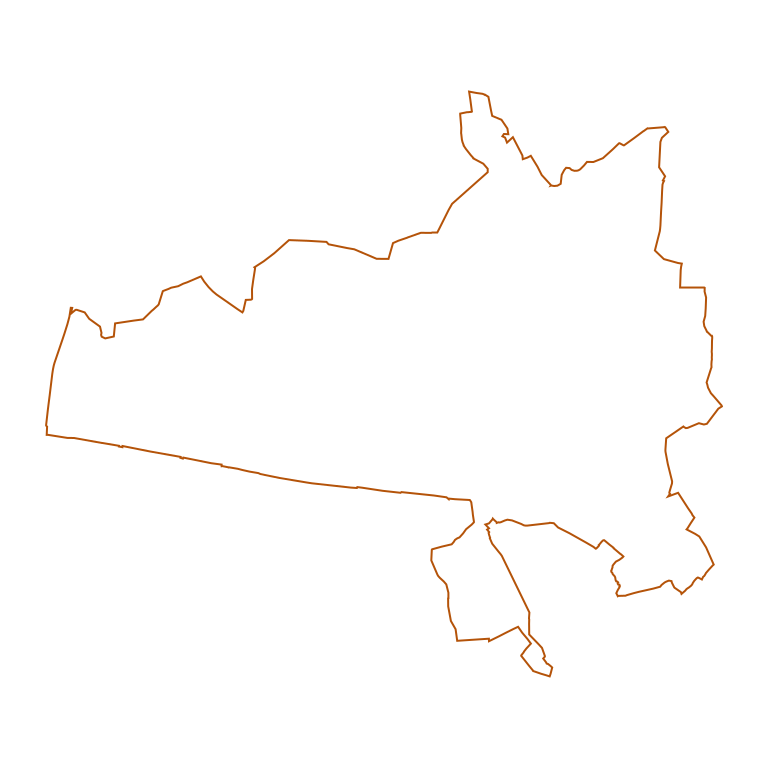 outline of Saldus pag., Saldus, Latvia
{"feature_id": "27541924B25012386790133", "entity_name": "Saldus pag.", "entity_type": "district", "adm_level": 2, "iso_a3": "LVA", "parent_name": "Latvia", "parent_adm1": "Saldus", "projection": "albers", "projection_center": [22.463, 56.704], "detail": "fine", "context": "isolated", "style": "outline", "palette": "amber", "viewbox_px": 768, "rotation_deg": 0, "n_neighbors": 0, "source": "geoboundaries", "source_scale": "gbopen_adm2", "svg_char_len": 6069}
<svg xmlns="http://www.w3.org/2000/svg" viewBox="0 0 768 768"><path d="M491.1,110.8L488.4,96.8L485.0,94.7L484.8,94.9L483.8,94.3L482.5,93.8L476.6,93.0L469.1,91.6L470.3,99.5L471.9,111.6L471.7,111.8L468.0,112.2L467.0,112.2L460.2,113.6L460.2,114.8L461.3,128.0L461.1,133.1L461.3,134.3L461.9,139.6L462.5,142.1L463.8,145.5L463.7,145.7L466.0,149.1L470.9,155.3L473.8,158.5L473.7,158.6L483.3,163.7L487.7,168.8L487.7,172.2L452.1,203.8L448.6,210.0L439.4,228.4L437.3,232.5L432.2,232.5L431.2,232.9L421.1,232.8L420.5,232.9L407.8,237.4L407.2,237.7L398.4,240.7L393.0,243.1L388.5,258.9L376.6,258.8L354.3,249.3L346.8,248.0L328.6,244.3L326.5,241.9L307.9,240.8L289.0,240.1L274.4,253.1L263.7,261.3L254.4,267.3L255.1,268.0L254.8,270.2L253.2,280.4L252.0,289.1L252.1,298.9L251.8,299.3L250.9,299.7L245.8,299.9L243.3,310.9L242.4,312.4L237.3,309.0L221.4,297.9L216.5,294.5L212.8,291.4L208.6,287.1L204.2,281.6L200.9,276.4L187.2,282.3L183.2,283.7L178.2,286.2L171.2,287.7L168.6,288.9L163.1,291.0L162.8,291.2L158.7,304.4L158.2,305.0L157.8,305.5L156.4,306.7L153.4,309.5L151.7,310.9L143.0,319.4L133.7,320.6L115.1,323.4L113.8,336.5L105.2,338.4L101.7,336.7L101.1,334.9L101.5,332.9L100.0,326.6L89.2,318.8L84.7,312.4L76.7,309.8L75.5,309.9L70.9,313.7L72.2,307.9L70.8,307.8L69.4,316.7L67.4,324.2L64.5,333.4L62.6,339.1L54.5,362.9L53.8,365.4L53.0,369.2L52.3,373.7L49.6,396.0L49.5,396.7L48.7,403.0L47.9,409.4L46.1,425.3L46.5,426.1L47.1,426.6L46.7,434.9L48.3,434.9L67.3,437.9L74.1,438.0L102.0,443.0L102.5,443.0L119.0,445.8L118.9,446.5L122.4,447.2L122.5,446.0L150.2,451.5L180.6,456.9L180.4,457.8L182.9,458.6L183.3,457.6L211.2,463.2L221.6,464.6L221.5,465.6L221.6,466.1L221.8,466.0L227.4,467.1L228.7,467.5L228.9,467.3L237.8,468.8L242.4,470.0L249.5,471.6L258.4,473.1L260.3,474.0L265.0,475.0L279.7,478.0L306.7,482.5L311.9,483.3L350.9,487.6L356.9,488.0L357.3,487.1L362.1,487.7L382.6,490.8L400.6,492.8L401.4,492.1L433.9,495.5L446.5,497.3L448.7,499.2L448.8,498.6L455.1,499.2L469.8,500.0L470.7,501.3L471.3,502.3L471.4,503.2L472.6,511.9L472.9,514.9L473.9,521.5L473.9,522.3L471.7,524.6L466.1,529.2L463.1,533.4L459.5,537.4L457.3,538.3L455.0,539.9L453.7,542.0L451.7,544.3L441.9,546.6L432.1,549.3L431.8,549.8L431.3,560.4L437.4,574.6L438.2,576.0L439.8,577.8L443.8,581.5L446.3,584.4L448.4,592.7L448.4,598.3L448.1,598.4L448.2,606.4L450.9,621.0L455.6,629.2L457.2,640.8L488.9,638.7L489.0,641.2L499.0,636.3L505.2,633.1L513.4,629.0L518.1,626.8L522.1,632.6L527.4,638.9L530.9,643.6L526.3,648.6L523.9,651.7L523.7,652.3L521.3,655.3L521.2,655.8L529.0,665.7L532.6,670.1L532.9,670.4L533.1,671.0L536.9,672.3L540.9,673.7L546.3,675.3L549.7,676.4L550.6,673.7L552.2,667.5L550.8,666.2L548.1,664.0L547.2,663.8L546.6,663.5L546.2,662.5L543.2,658.5L544.8,656.7L544.9,656.4L544.9,656.1L542.0,647.9L538.2,643.8L529.2,634.5L529.1,623.6L529.2,619.4L529.0,618.5L529.4,612.5L501.8,555.8L500.5,554.0L498.5,551.6L492.2,543.7L489.8,538.2L490.1,537.8L489.0,534.6L489.0,534.4L488.6,532.9L489.2,532.1L487.1,529.6L489.0,528.3L485.4,524.5L489.0,523.4L492.5,519.3L492.8,518.6L493.2,519.1L496.6,522.2L496.8,522.6L496.8,522.9L498.4,522.3L499.3,522.5L500.5,522.3L501.1,522.1L504.8,520.5L507.4,519.7L512.0,520.4L521.3,524.0L523.8,525.3L525.4,525.6L527.3,525.6L549.1,523.1L549.7,522.8L553.8,523.2L558.1,527.5L569.4,533.2L586.3,542.7L593.5,546.9L595.7,548.7L596.1,548.6L597.3,547.5L599.0,545.6L598.8,545.0L599.1,544.8L599.6,544.2L601.5,541.9L602.9,540.5L603.8,540.2L604.2,540.2L609.7,544.8L612.7,547.1L613.6,547.8L613.6,548.3L614.3,548.8L620.3,553.9L621.0,554.3L623.4,556.5L622.5,557.5L619.2,559.9L615.9,561.6L613.4,564.6L612.6,565.8L612.5,567.4L611.7,569.6L611.5,570.5L611.2,570.8L611.3,571.8L612.4,573.0L612.7,574.1L614.7,576.3L615.2,577.4L615.6,580.0L616.2,581.3L616.9,581.4L617.7,581.9L618.1,582.4L617.7,582.8L617.7,583.7L618.4,584.7L619.4,584.7L619.8,585.7L619.8,586.4L619.3,586.9L619.4,587.5L618.7,588.5L617.7,590.2L616.3,593.2L617.8,596.2L618.2,595.9L625.5,595.7L627.0,595.1L633.9,593.1L639.0,591.8L653.3,588.6L660.2,586.7L661.5,585.0L664.6,582.5L666.3,581.6L668.9,580.6L671.5,581.1L671.9,582.7L674.2,587.3L674.5,587.7L680.9,592.1L681.5,593.9L685.2,590.7L686.4,589.2L687.7,588.2L688.6,587.7L691.1,585.7L692.2,584.4L692.8,583.0L694.2,580.9L696.0,578.9L696.8,578.1L697.9,577.5L699.5,578.2L701.9,579.5L703.1,576.9L704.3,575.9L705.3,574.3L705.9,573.1L707.2,571.6L709.2,569.3L712.6,565.6L713.7,564.6L706.1,547.4L699.3,536.5L695.2,533.9L686.6,529.4L687.5,528.3L690.7,523.2L694.4,517.6L692.5,515.2L691.7,513.5L688.1,508.3L678.1,492.8L668.1,496.5L670.0,493.8L669.5,493.4L669.3,492.6L670.1,489.7L672.0,483.4L672.1,481.3L667.8,464.0L666.3,456.0L665.5,451.8L665.4,450.3L665.5,448.5L666.2,438.3L683.4,426.5L683.9,427.0L685.8,428.1L687.6,427.9L698.9,423.2L703.9,424.5L706.9,423.8L718.3,408.7L721.9,406.4L721.6,405.5L713.7,396.3L710.9,393.2L708.0,387.6L707.3,384.6L706.6,382.5L711.1,368.3L711.5,367.4L711.5,367.1L711.4,364.3L711.6,361.2L711.9,359.4L711.8,357.9L711.8,357.3L711.9,355.5L711.9,353.7L711.7,351.8L711.9,348.7L712.0,340.9L712.2,338.2L712.2,336.7L712.1,336.4L712.0,336.5L707.1,331.7L706.9,331.7L706.5,330.6L704.3,326.2L704.2,325.6L703.6,321.7L705.2,316.0L705.7,308.5L706.1,297.5L705.9,296.7L704.6,291.6L704.6,291.2L704.7,287.8L704.2,287.5L680.1,287.5L680.7,270.2L681.1,266.8L681.8,263.6L678.0,263.0L663.9,259.1L654.9,250.5L659.8,231.2L660.1,228.9L660.4,225.7L660.4,225.8L661.1,211.2L661.6,203.0L662.1,191.1L662.5,184.6L663.1,182.7L664.0,181.0L662.9,180.5L665.1,176.3L659.1,167.3L660.4,141.9L661.9,137.8L668.3,131.9L665.2,127.2L664.4,127.1L664.2,127.0L663.9,127.2L647.5,128.5L647.4,128.4L643.8,131.0L643.5,131.1L634.1,138.1L624.1,145.3L623.5,145.3L619.8,143.3L619.2,143.2L618.8,143.5L613.0,149.1L602.9,158.2L593.4,162.0L587.0,161.9L584.0,165.5L580.2,169.3L578.5,170.3L577.1,170.7L574.4,170.8L571.6,169.9L569.6,168.1L566.1,167.8L564.2,170.1L561.7,174.8L560.7,183.8L557.4,185.7L554.1,186.0L551.2,185.5L550.9,185.6L551.1,185.3L541.7,175.0L537.5,166.7L530.8,155.8L527.4,157.6L522.8,159.2L522.4,155.5L512.9,137.2L507.0,142.6L505.1,137.6L502.4,136.3L503.9,134.0L508.3,134.2L507.4,128.5L501.5,119.8L492.2,115.9L491.1,110.8Z" fill="none" stroke="#b45309" stroke-width="2"/></svg>